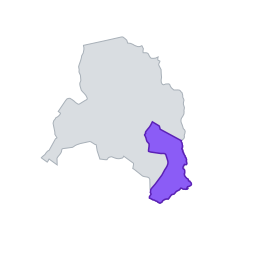 Western Bahr el Ghazal highlighted on a map of South Sudan, rotated 216°
{"feature_id": "SDS-873", "entity_name": "Western Bahr el Ghazal", "entity_type": "State", "adm_level": 1, "iso_a3": "SSD", "parent_name": "South Sudan", "parent_adm1": "", "projection": "robinson", "projection_center": [25.577, 8.526], "detail": "fine", "context": "in_parent", "style": "filled", "palette": "violet", "viewbox_px": 256, "rotation_deg": 216, "n_neighbors": 0, "source": "natural_earth", "source_scale": "10m", "svg_char_len": 6642}
<svg xmlns="http://www.w3.org/2000/svg" viewBox="0 0 256 256"><g transform="rotate(216 128 128)"><path d="M193.1,190.6L186.9,197.7L186.4,198.1L185.7,198.6L183.2,198.6L180.6,198.3L178.2,196.5L175.8,197.9L174.2,198.3L173.3,198.5L171.2,198.7L168.1,199.5L166.8,200.4L166.0,201.2L165.4,202.5L165.1,202.7L164.6,202.5L163.8,202.0L162.2,201.2L161.3,199.4L160.6,198.4L160.0,197.8L157.4,199.6L156.2,200.0L155.1,199.9L153.3,198.9L151.2,198.1L150.2,198.1L148.6,199.1L146.8,200.7L145.9,202.3L145.4,203.2L144.8,201.8L144.2,200.9L143.3,200.5L141.6,200.9L141.2,200.4L141.1,199.2L140.8,198.1L140.4,197.2L139.0,196.4L135.6,194.7L133.0,191.4L131.6,189.8L130.7,188.8L129.3,186.1L127.7,184.3L125.8,183.5L124.6,183.9L123.3,185.8L120.9,187.7L119.8,187.7L118.3,186.7L116.5,186.0L113.3,185.7L112.0,186.6L110.2,188.0L108.8,188.8L107.8,188.9L107.0,188.6L106.0,188.4L105.2,188.4L103.5,187.1L102.6,186.2L102.0,185.3L101.0,184.6L99.9,184.1L99.0,183.3L98.6,182.3L98.0,181.0L97.2,179.8L94.5,177.8L93.7,176.5L93.2,175.3L92.1,174.0L91.0,172.2L90.6,169.6L90.5,167.5L90.3,166.5L89.8,165.6L89.2,164.7L88.3,163.8L86.2,162.5L84.0,160.9L82.9,160.0L80.9,159.7L79.7,158.8L78.7,156.8L78.3,155.3L77.2,154.0L76.8,153.2L76.6,152.1L77.4,149.0L76.2,147.9L74.4,146.5L73.2,145.0L72.4,143.5L70.2,141.6L65.3,138.8L62.5,137.0L60.9,135.4L59.6,133.8L59.5,133.2L60.3,131.6L60.5,130.3L59.7,128.8L56.8,126.1L54.5,123.2L52.7,122.2L48.5,121.4L47.2,121.1L46.0,120.5L44.7,119.2L44.3,117.6L44.9,115.1L44.5,114.3L43.8,114.1L44.0,113.5L44.8,112.3L46.1,111.5L49.6,110.3L49.8,109.8L49.9,108.2L50.2,107.4L51.4,105.2L51.6,104.4L51.6,102.5L51.8,101.6L52.1,101.0L53.1,99.9L53.4,99.2L53.6,97.8L53.5,95.0L54.0,93.9L56.2,91.3L56.8,90.1L57.0,89.1L56.9,88.1L57.1,87.0L57.7,86.0L58.3,85.7L59.9,85.4L61.0,85.6L68.8,83.9L69.7,84.1L70.1,85.1L70.1,86.8L70.2,87.6L70.6,88.2L71.9,89.0L72.7,90.3L73.2,90.8L74.4,91.7L80.2,99.3L81.8,100.0L83.4,99.7L86.6,98.1L88.1,97.7L99.1,98.2L100.3,98.0L102.1,101.8L102.9,102.7L114.9,102.7L114.7,101.6L114.9,100.4L117.0,98.1L117.3,97.8L119.1,96.7L121.0,96.0L124.4,95.1L125.7,93.7L126.4,92.5L126.4,90.0L126.9,89.6L127.7,89.0L131.8,86.8L132.4,86.3L139.6,91.5L143.6,95.5L143.9,95.7L144.1,95.8L144.3,95.7L144.5,95.5L145.0,95.3L146.7,95.2L149.9,95.0L151.0,94.6L157.5,87.3L159.1,85.0L159.5,84.5L160.4,82.8L161.4,80.0L161.6,79.7L168.7,72.9L168.9,72.3L169.0,71.9L167.9,69.6L167.7,68.5L167.6,66.7L167.8,63.9L167.7,62.1L167.6,61.7L163.6,56.5L173.6,56.5L173.6,55.9L173.6,55.7L173.4,55.1L173.3,54.3L173.3,53.8L173.3,53.4L173.3,53.2L173.3,52.9L180.6,52.9L180.5,54.3L179.6,57.7L179.7,59.7L179.5,61.9L179.2,62.6L178.9,63.2L178.8,63.4L178.7,63.7L180.3,76.5L180.2,77.0L179.8,77.8L179.7,78.1L179.7,78.3L179.9,78.4L183.2,79.8L183.4,79.9L183.5,80.0L184.7,81.6L191.3,87.7L191.5,88.0L192.2,89.9L192.3,90.2L192.3,90.6L192.3,91.0L192.2,92.1L192.2,92.6L192.3,93.0L192.4,93.4L192.4,93.5L192.4,93.8L191.4,96.0L191.1,97.5L191.0,98.8L191.1,99.6L191.2,100.1L191.3,100.3L194.2,100.4L194.2,101.1L194.6,112.6L194.6,113.9L194.5,115.5L194.2,116.1L193.4,117.1L192.4,117.9L189.9,118.1L187.7,118.1L186.2,117.9L184.2,117.8L182.2,118.0L181.5,118.7L179.0,124.8L178.2,126.4L178.0,127.3L178.2,127.8L179.2,128.6L181.4,129.7L184.0,130.3L185.8,130.6L187.1,130.9L188.1,131.2L191.7,134.0L192.9,135.3L193.5,136.4L193.7,137.6L194.2,138.9L197.5,142.7L200.6,144.5L201.8,146.5L202.9,147.5L204.0,148.6L204.6,150.2L206.0,154.8L206.9,157.2L207.9,159.2L208.3,162.4L209.0,163.8L209.8,165.6L211.0,167.2L212.4,168.4L212.6,168.7L199.2,183.7L193.1,190.6Z" fill="#d9dde1" stroke="#a8b0b8" stroke-width="1"/><path d="M45.5,120.9L45.4,120.9L44.9,120.8L44.7,120.7L44.3,120.4L43.9,120.1L43.5,119.6L43.4,119.1L43.4,118.6L43.6,118.0L44.5,116.4L44.6,116.2L45.2,115.7L45.3,115.6L45.3,115.3L44.9,115.0L44.8,114.7L45.1,114.0L45.1,113.8L44.9,113.6L44.3,113.6L44.1,113.7L44.2,113.3L44.3,113.2L45.2,112.4L45.7,112.2L47.3,111.0L47.7,110.9L49.0,110.8L49.8,110.5L49.9,110.4L50.0,110.3L50.0,108.4L50.1,108.1L51.5,105.4L51.6,105.2L51.9,101.9L52.0,101.6L52.1,101.4L52.5,100.9L53.5,99.8L53.6,99.4L53.6,99.2L53.6,94.6L53.6,94.2L53.8,94.0L54.1,94.0L54.2,93.9L54.4,93.8L54.9,93.3L55.4,93.0L55.6,92.7L56.0,92.1L56.2,91.9L56.4,91.7L56.5,91.3L56.6,91.0L57.0,90.1L57.1,89.6L57.2,89.4L57.1,89.1L57.0,88.8L57.0,88.7L56.9,88.5L56.9,88.4L57.0,88.2L57.7,86.4L57.9,86.2L58.0,86.0L58.3,85.9L58.5,85.8L59.1,85.8L59.3,85.8L59.6,85.6L59.9,85.7L60.0,85.6L60.3,85.5L60.5,85.6L60.8,85.7L61.0,85.7L61.3,85.6L61.5,85.7L62.0,85.5L62.2,85.4L62.3,85.4L62.5,85.4L62.8,85.3L63.0,85.2L63.4,85.2L64.0,85.2L64.3,85.1L65.5,84.6L66.2,84.5L66.2,84.4L66.7,84.4L67.1,84.4L67.3,84.3L68.0,84.3L68.3,84.2L68.6,84.1L69.3,83.9L69.5,83.9L70.1,84.8L70.2,85.0L70.3,85.1L70.4,87.8L70.4,88.0L70.5,88.1L71.2,88.6L71.4,88.7L71.8,88.8L72.0,88.9L72.0,89.0L73.0,90.8L73.2,91.0L73.4,91.3L73.5,92.7L73.0,98.6L72.9,109.9L73.7,115.8L73.8,118.2L74.1,120.5L74.7,122.5L75.6,123.9L76.5,124.8L81.5,128.5L82.1,128.8L82.6,128.9L83.0,128.8L83.4,128.7L83.8,128.6L84.7,128.0L86.4,126.7L95.5,121.9L97.6,121.2L98.3,122.0L100.3,125.7L101.2,127.0L101.6,127.4L101.8,127.6L102.1,127.7L104.4,128.2L105.1,128.5L106.2,129.3L107.5,130.4L109.4,131.6L110.0,131.8L110.5,132.1L110.7,132.5L110.7,133.0L110.6,133.4L110.5,133.8L110.6,134.1L111.2,134.6L111.4,135.0L111.5,135.7L111.4,138.5L111.2,141.2L111.3,143.4L111.9,147.3L104.2,148.0L103.8,147.9L103.7,147.9L101.2,145.9L78.0,149.0L77.6,149.1L77.6,148.7L76.9,148.3L76.0,147.9L75.5,147.6L75.2,147.3L74.6,146.8L74.1,146.1L73.9,146.0L73.6,145.9L73.3,145.7L73.1,145.5L73.0,145.3L73.0,145.1L73.0,144.9L72.9,144.8L73.0,144.7L72.9,144.5L72.7,144.5L72.4,144.1L72.4,143.2L72.3,142.8L71.6,142.7L71.4,142.7L71.3,142.3L71.1,142.3L70.8,142.2L70.7,142.2L70.2,141.9L70.1,141.7L70.1,141.4L70.0,141.2L69.8,141.1L69.1,141.0L68.8,140.9L68.7,140.7L68.7,140.4L68.2,140.3L68.1,140.2L67.8,140.0L67.7,139.9L67.4,139.9L66.9,139.5L66.6,139.4L65.7,139.1L65.4,139.0L64.8,138.3L64.5,138.1L64.3,138.1L64.0,138.2L63.6,138.0L63.0,137.5L62.2,137.0L62.0,136.8L61.8,136.6L61.7,136.3L61.6,135.8L61.5,135.6L61.4,135.5L61.1,135.4L60.9,135.2L60.8,134.9L60.7,134.8L60.5,134.7L59.6,134.1L59.3,133.3L59.2,133.0L59.2,132.8L59.5,132.4L60.5,132.0L60.9,131.7L60.9,131.4L60.9,131.1L60.8,130.9L60.7,130.6L60.8,129.9L60.8,129.7L60.7,129.4L60.5,128.9L60.3,128.4L60.2,128.1L60.0,127.9L59.6,127.7L59.4,127.5L59.0,127.4L58.7,127.4L58.3,127.5L58.1,127.5L57.6,127.3L57.1,126.9L56.4,126.0L56.3,125.9L56.2,125.8L56.1,125.7L56.0,125.3L55.6,124.9L55.6,124.3L55.5,124.0L54.2,122.7L53.7,122.4L52.8,122.3L52.3,122.0L52.0,122.0L51.7,122.0L50.9,121.8L49.8,122.0L49.3,122.0L48.8,121.6L48.7,121.6L48.5,121.4L48.4,121.3L48.1,120.9L47.6,120.9L46.6,121.3L46.3,121.0L46.1,121.0L46.0,120.9L45.8,120.9L45.5,120.9Z" fill="#8b5cf6" stroke="#5b21b6" stroke-width="1.5"/></g></svg>